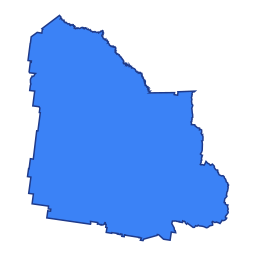 outline of Parkes, New South Wales, Australia
{"feature_id": "25037944B17305446148962", "entity_name": "Parkes", "entity_type": "district", "adm_level": 2, "iso_a3": "AUS", "parent_name": "Australia", "parent_adm1": "New South Wales", "projection": "mercator", "projection_center": [147.963, -32.823], "detail": "fine", "context": "isolated", "style": "filled", "palette": "blue", "viewbox_px": 256, "rotation_deg": 0, "n_neighbors": 0, "source": "geoboundaries", "source_scale": "gbopen_adm2", "svg_char_len": 5719}
<svg xmlns="http://www.w3.org/2000/svg" viewBox="0 0 256 256"><path d="M195.1,91.1L177.9,91.8L178.0,92.2L177.6,95.2L174.2,94.6L174.6,92.6L149.4,92.9L149.9,92.6L149.8,92.0L149.4,91.7L150.0,91.2L148.9,91.2L148.8,90.6L148.3,90.6L148.9,89.5L148.4,89.7L147.7,89.1L148.5,88.0L147.9,88.1L147.9,86.9L147.1,87.0L147.2,86.7L146.8,86.7L146.5,85.9L146.2,85.9L146.0,85.4L145.5,85.4L145.7,85.0L145.1,84.7L145.2,83.7L144.9,83.5L145.1,83.2L144.6,82.8L145.1,82.4L144.6,81.7L145.3,81.7L145.3,81.1L145.0,80.6L144.8,81.0L144.1,80.4L144.2,80.1L143.2,78.4L143.3,78.2L142.9,78.0L143.1,77.6L142.9,77.0L142.4,76.4L142.0,76.5L142.1,75.6L141.8,75.4L142.1,74.9L141.8,73.5L140.9,73.7L140.5,73.3L140.8,72.9L140.1,72.4L139.6,73.1L139.0,72.6L138.3,73.1L138.0,72.1L136.8,72.0L136.9,71.4L135.9,71.2L135.3,69.6L134.5,68.8L132.0,67.6L131.6,67.8L131.5,66.6L131.1,66.8L130.6,66.3L129.5,66.5L129.8,65.7L129.5,65.7L129.6,65.4L129.2,64.7L129.2,65.2L128.6,65.2L129.0,65.4L128.6,65.7L128.1,65.2L127.3,65.5L127.6,64.9L127.3,64.5L126.6,64.8L126.9,64.4L126.7,63.7L126.2,64.4L125.9,63.8L125.6,64.5L125.3,63.7L124.6,63.8L124.6,63.4L124.0,63.8L123.5,63.5L123.4,62.9L123.8,63.0L123.5,62.2L123.8,61.2L123.4,61.0L122.9,59.6L122.1,59.1L122.1,58.5L121.1,57.6L121.2,57.2L120.3,56.8L120.1,56.1L119.4,55.7L119.2,54.8L118.6,54.8L117.8,53.9L117.3,54.0L117.0,53.7L116.8,54.0L115.3,52.3L115.6,52.1L115.2,51.9L115.2,51.6L115.9,50.8L115.5,50.7L115.1,50.1L115.7,49.2L115.4,49.0L115.8,48.1L115.5,47.4L115.2,47.1L115.0,47.4L113.5,47.1L113.3,46.8L113.7,46.4L113.3,46.1L112.4,46.2L112.6,46.6L112.2,46.8L111.8,46.2L111.0,46.4L110.7,45.7L109.5,45.4L109.3,44.2L108.1,43.0L108.2,42.5L107.8,42.7L108.2,41.8L107.4,41.3L107.4,40.8L107.0,40.8L107.1,40.2L105.4,40.0L105.6,39.1L104.8,39.5L104.2,38.9L103.6,38.8L103.7,38.4L103.0,37.9L102.4,36.6L102.6,36.3L102.2,36.3L101.8,35.8L102.2,34.6L103.1,34.4L103.1,33.6L102.7,33.1L102.8,32.6L103.3,32.6L103.1,32.3L103.0,30.9L102.5,30.6L102.1,31.2L101.1,31.0L100.8,31.7L99.7,32.0L98.7,32.9L98.3,32.1L96.6,32.5L95.0,31.6L94.7,32.0L93.3,31.7L92.9,32.1L92.4,31.6L90.7,31.0L90.7,30.3L90.3,29.9L90.1,30.3L89.3,30.0L88.5,29.6L88.4,29.2L87.7,29.5L86.3,28.6L86.5,28.2L85.5,28.1L85.4,27.8L84.7,27.9L84.8,28.4L84.4,28.8L83.8,28.6L84.3,28.3L84.0,27.9L82.7,27.4L81.3,27.6L80.1,28.4L79.2,28.5L78.5,28.0L77.5,28.4L77.5,28.0L77.1,27.9L76.7,28.4L76.2,28.1L75.3,28.7L74.9,28.1L74.3,28.1L74.5,27.3L74.2,26.6L74.9,26.5L74.5,25.9L73.6,26.1L73.3,24.8L72.3,25.1L72.0,24.6L70.5,25.4L70.2,24.4L69.9,24.4L70.2,25.0L69.9,25.1L69.1,23.7L67.7,23.9L66.1,22.4L65.3,22.7L65.1,22.2L64.3,22.0L64.0,20.4L63.5,20.7L63.2,20.1L62.3,20.0L61.9,19.7L61.7,18.6L61.2,18.6L60.9,18.1L60.6,18.3L61.0,17.1L59.5,15.4L41.9,28.7L42.7,29.5L42.3,29.8L41.8,33.1L37.2,32.4L31.2,36.8L30.4,43.2L30.2,43.4L28.0,60.5L31.4,61.0L31.2,62.4L30.3,62.3L29.1,71.8L29.6,72.8L35.5,73.5L34.6,74.4L34.0,75.9L33.1,76.3L32.0,76.2L31.8,77.4L31.1,77.9L30.4,79.6L30.5,82.7L30.9,84.0L30.4,85.4L29.7,90.5L34.7,91.1L32.8,105.9L39.0,106.7L39.9,108.1L39.3,112.5L40.3,112.7L37.9,130.9L36.7,130.8L33.3,159.1L30.4,158.7L29.1,168.7L28.6,168.6L27.5,176.6L30.9,177.1L28.7,193.4L33.4,194.0L32.1,203.8L48.5,206.1L48.3,208.9L50.8,209.2L50.5,211.2L47.8,210.8L46.8,217.9L90.5,224.2L90.7,223.5L90.5,221.4L97.7,222.5L97.3,224.8L97.5,224.3L98.5,223.9L100.6,224.9L101.2,225.0L101.3,224.6L102.1,225.0L103.6,224.7L104.2,223.9L104.8,223.8L104.6,223.2L104.9,222.6L105.3,222.7L105.1,224.2L106.1,224.4L105.7,227.3L107.0,227.6L106.2,232.4L111.7,233.3L111.8,232.6L117.8,233.5L117.5,234.1L120.4,234.6L120.5,233.9L122.1,234.3L121.8,236.3L124.2,236.7L124.5,234.8L125.4,234.9L125.4,235.2L139.4,237.4L139.2,237.7L141.4,238.1L140.4,240.2L143.0,240.6L143.8,239.1L157.1,235.4L157.3,234.5L158.6,234.7L163.5,239.2L170.1,240.2L171.3,232.1L175.7,232.7L175.2,230.7L174.5,230.2L174.1,227.8L171.8,223.6L172.4,221.1L176.0,221.0L176.8,221.4L179.3,221.5L179.2,222.0L182.5,222.5L182.7,220.9L183.7,221.4L184.2,221.2L185.2,221.9L185.2,222.7L186.4,224.0L186.6,224.2L187.4,223.2L193.1,227.4L194.5,227.3L195.6,225.7L197.0,226.2L198.2,225.2L199.1,225.9L202.1,226.2L204.1,226.7L206.2,227.7L207.1,227.7L208.6,226.9L209.5,225.9L212.6,225.2L212.7,223.9L212.0,222.1L212.8,221.4L213.8,222.1L214.9,222.5L216.7,222.0L217.0,222.4L218.2,222.6L220.0,223.5L221.8,221.0L221.9,220.4L223.6,220.6L224.9,220.1L226.1,219.1L226.7,218.1L225.5,217.7L225.5,216.3L228.1,212.8L228.2,212.0L227.6,210.7L228.2,209.1L227.5,206.6L227.9,205.0L226.6,204.9L225.3,203.9L225.2,202.7L224.4,202.6L224.5,202.3L224.2,202.2L224.8,198.7L226.9,196.4L226.9,195.9L226.4,195.5L226.9,192.1L227.5,191.2L228.1,188.0L228.1,187.0L227.8,186.5L228.5,185.4L228.5,184.9L227.8,184.7L227.8,183.2L226.2,181.7L226.0,180.2L225.6,179.9L225.5,179.1L224.5,178.1L224.1,176.6L223.0,175.7L221.6,175.9L219.3,174.9L218.6,173.8L218.4,172.8L218.0,172.6L217.5,171.8L217.9,171.2L217.6,170.0L216.6,170.1L215.7,169.6L214.3,167.6L214.4,166.7L214.1,165.9L212.4,164.1L211.0,165.0L210.5,164.9L210.5,165.2L210.0,165.0L209.1,163.9L207.6,163.2L206.0,161.4L204.8,164.1L204.0,165.2L202.6,164.6L200.9,164.8L200.3,164.5L201.2,162.1L201.1,160.6L201.8,160.1L201.5,159.0L201.6,157.2L202.1,156.8L201.9,156.3L202.4,155.3L201.7,155.1L200.4,154.0L201.7,152.0L202.2,150.2L202.4,144.1L202.1,141.4L201.8,141.0L202.9,140.5L203.0,137.4L202.9,136.2L202.5,135.5L202.6,134.5L201.9,134.7L201.1,133.2L201.7,132.3L201.6,130.0L200.5,129.3L199.5,129.8L199.5,128.1L197.6,127.8L196.3,126.9L195.9,126.3L195.2,126.0L194.8,124.8L191.4,124.6L191.5,122.9L191.0,122.1L191.2,121.6L191.9,121.1L191.7,120.0L192.1,119.4L191.9,118.0L192.7,117.4L192.6,114.2L192.3,113.3L191.9,108.7L191.7,108.4L192.8,105.5L192.7,105.0L191.9,104.2L191.5,101.1L191.9,99.6L191.4,97.4L192.0,95.9L191.8,95.2L192.2,94.6L192.0,93.5L192.6,92.0L194.3,91.8L195.1,91.1Z" fill="#3b82f6" stroke="#1e3a8a" stroke-width="1.5"/></svg>